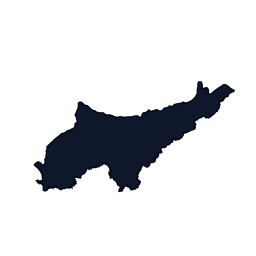 San Pedro De Uraba, Antioquia, Colombia, rotated 229°
{"feature_id": "7082276B58704209579915", "entity_name": "San Pedro De Uraba", "entity_type": "district", "adm_level": 2, "iso_a3": "COL", "parent_name": "Colombia", "parent_adm1": "Antioquia", "projection": "mercator", "projection_center": [-76.341, 8.35], "detail": "fine", "context": "isolated", "style": "filled", "palette": "ink", "viewbox_px": 256, "rotation_deg": 229, "n_neighbors": 0, "source": "geoboundaries", "source_scale": "gbopen_adm2", "svg_char_len": 5696}
<svg xmlns="http://www.w3.org/2000/svg" viewBox="0 0 256 256"><g transform="rotate(229 128 128)"><path d="M148.2,24.4L146.8,25.0L146.0,24.0L145.7,24.1L144.9,25.5L144.1,24.7L143.6,25.5L143.8,26.1L139.1,26.2L139.0,25.3L136.4,23.3L135.1,24.1L135.2,24.3L134.4,25.2L134.5,26.1L134.9,26.4L134.6,26.6L134.8,26.7L134.9,28.0L134.4,28.6L134.6,28.9L134.2,29.3L134.5,29.6L134.2,29.7L134.3,30.3L134.1,30.1L133.5,31.0L133.3,30.9L133.3,31.4L132.9,32.0L131.8,31.9L132.0,32.4L131.6,32.9L131.2,35.1L130.6,34.9L130.2,35.2L129.0,35.6L128.8,36.3L126.8,36.3L126.2,36.6L126.2,36.9L125.3,37.2L125.6,38.8L124.8,39.3L123.8,40.7L123.8,41.4L122.3,43.7L121.5,44.1L121.0,44.7L120.9,45.4L121.1,45.6L120.7,45.8L121.5,46.8L120.3,46.8L120.8,47.1L120.7,47.6L121.4,48.0L120.9,48.3L121.0,48.7L120.5,49.0L121.2,49.1L121.1,49.6L120.6,49.9L120.4,50.4L120.7,50.6L120.3,51.0L120.5,51.2L120.2,52.2L121.0,52.2L121.1,51.8L121.5,51.7L121.5,52.5L122.1,52.0L121.7,53.4L122.3,53.2L122.4,53.5L122.8,53.3L123.7,54.2L125.1,53.9L125.1,54.5L125.8,54.6L125.6,55.2L126.3,55.5L121.5,59.4L122.1,60.4L122.5,60.5L123.4,61.4L122.7,63.3L123.0,64.3L122.5,65.1L122.4,66.0L123.1,67.2L123.3,68.8L124.3,69.5L124.2,70.5L123.6,72.1L123.2,72.1L122.9,71.5L122.3,71.5L121.9,72.9L121.4,73.3L122.0,74.1L122.1,74.8L120.8,75.7L120.6,77.0L120.0,77.1L119.7,77.8L119.2,77.9L119.0,78.6L119.5,79.0L119.5,79.5L119.1,79.6L119.0,80.0L118.0,80.4L118.2,81.9L118.0,82.5L117.6,82.8L118.1,83.5L117.1,84.6L117.4,84.8L117.4,86.0L117.1,86.5L117.3,86.8L116.8,87.5L115.8,87.2L115.7,87.6L115.0,88.0L114.7,87.7L114.5,88.2L114.3,88.0L113.3,88.6L112.5,88.4L112.3,88.1L111.7,88.4L111.0,88.2L110.8,88.3L110.4,88.0L109.1,88.1L108.9,87.3L108.4,87.4L108.4,87.1L107.8,87.0L107.4,86.5L107.1,86.5L107.0,85.9L106.6,85.9L106.9,85.6L106.5,85.0L106.9,84.8L106.6,84.3L106.4,84.6L106.3,84.1L105.3,84.1L105.3,83.5L104.9,83.3L103.5,83.2L103.3,83.0L103.1,83.2L102.0,82.0L101.7,82.7L100.9,83.0L100.3,84.1L99.8,84.3L99.3,84.2L98.4,83.4L98.0,83.8L97.3,83.7L97.0,84.1L96.6,83.9L95.3,84.2L94.4,83.8L93.6,84.0L92.9,83.3L91.5,83.1L90.4,83.6L89.5,83.5L89.1,83.8L88.5,83.7L87.7,83.1L87.9,82.9L87.5,81.7L86.9,80.6L86.2,79.7L85.9,79.8L85.3,81.3L84.7,81.6L84.5,82.5L84.7,83.2L85.3,83.4L85.8,84.2L85.3,85.4L85.6,85.8L85.9,85.7L86.5,87.7L85.5,88.7L83.7,89.4L83.3,90.1L79.3,89.9L78.7,90.6L78.6,92.2L78.0,92.2L77.4,93.2L77.3,93.9L77.7,94.8L76.7,96.3L77.1,97.1L77.6,96.9L78.2,97.5L78.9,97.5L78.8,98.5L78.1,98.7L78.0,99.4L78.4,100.2L79.0,100.6L78.9,101.4L79.3,101.9L81.5,101.9L82.6,101.1L83.2,101.3L84.0,102.2L84.7,101.8L84.9,102.6L84.6,103.5L86.0,104.1L86.2,104.7L87.3,106.3L88.2,109.2L88.3,110.7L89.5,111.4L89.9,114.0L90.4,114.8L90.3,115.4L89.5,115.5L88.8,116.0L87.7,115.8L86.4,116.5L85.8,117.3L85.6,118.3L85.9,119.8L86.6,121.0L86.9,121.1L87.0,122.8L86.4,123.7L85.7,124.1L85.7,124.9L85.3,125.6L85.4,126.8L86.5,126.9L86.2,128.0L86.9,128.5L87.2,129.6L87.0,130.6L86.6,130.7L86.5,131.0L87.4,131.9L87.1,132.8L88.1,133.6L89.0,133.8L88.7,134.1L88.7,136.0L87.9,136.2L87.4,137.4L88.3,138.0L90.5,138.6L91.3,139.7L90.9,140.1L91.3,140.8L91.8,140.9L91.5,141.8L90.1,141.7L89.0,143.7L89.7,146.2L88.5,148.3L89.0,151.2L88.4,152.2L89.8,154.7L88.6,155.8L87.4,156.1L87.2,158.3L86.1,158.4L85.7,161.4L85.8,163.1L86.5,164.9L87.1,165.5L87.4,166.9L87.3,168.4L86.5,168.4L86.3,169.5L86.1,169.6L86.0,171.1L85.5,171.6L85.0,174.3L84.6,175.4L84.2,175.6L84.5,176.0L84.3,176.7L84.0,176.8L83.6,178.0L84.0,178.2L84.2,178.7L84.7,178.2L85.5,180.2L86.8,181.8L88.3,181.5L89.2,181.8L89.2,183.1L89.7,184.2L89.2,185.4L88.7,185.8L89.2,186.5L88.8,187.9L88.8,188.8L87.7,190.5L88.1,192.8L86.1,193.5L84.9,193.4L84.6,193.6L84.3,194.6L83.0,195.2L82.6,196.4L82.4,198.5L82.8,199.4L82.3,200.3L82.3,202.9L82.9,205.3L82.1,206.0L82.9,207.7L83.1,209.1L83.6,209.5L83.7,210.6L85.1,211.2L85.1,212.3L85.6,212.9L87.0,213.1L87.4,213.4L87.3,215.8L86.6,216.8L87.0,217.1L86.4,218.1L86.8,218.7L87.1,219.9L87.6,220.2L87.4,221.9L86.4,224.3L86.7,224.7L87.3,224.7L87.2,225.4L87.7,226.3L87.0,230.2L86.3,231.3L86.7,232.7L90.6,231.2L94.2,230.8L96.9,229.8L97.9,228.7L99.2,218.0L99.1,213.9L99.5,212.5L100.7,211.2L101.2,211.1L103.5,213.2L105.2,214.0L106.5,213.9L107.1,213.4L107.8,211.9L107.8,211.1L108.6,210.2L109.8,210.7L112.2,212.4L114.5,213.4L116.2,211.8L116.2,211.1L115.6,210.0L113.3,208.1L111.1,205.1L108.5,203.1L107.1,199.1L106.8,196.4L106.9,193.7L108.0,189.4L109.3,187.5L111.2,186.7L111.4,185.4L112.7,182.6L113.6,181.7L114.6,179.2L115.3,178.5L115.0,177.8L115.0,175.6L117.5,173.5L117.2,172.5L117.4,171.6L118.1,169.6L118.8,169.2L119.1,168.5L118.7,166.4L119.1,163.9L120.6,162.5L121.9,162.2L123.3,161.1L123.6,160.7L123.6,159.5L124.6,158.0L124.8,157.0L125.5,156.2L126.3,155.8L127.9,155.5L127.7,153.9L128.0,151.6L129.3,149.4L129.1,148.3L127.7,145.6L127.8,144.2L128.7,143.5L130.1,143.4L131.4,142.6L133.2,139.7L134.3,137.0L135.1,136.8L138.7,131.9L141.4,129.6L142.4,128.1L142.6,127.2L145.4,125.0L147.1,124.4L150.1,122.6L150.9,121.1L152.7,120.0L153.2,119.4L155.5,119.3L158.3,116.1L159.3,115.6L160.2,114.6L162.8,114.2L163.6,113.3L165.9,112.6L168.7,112.1L171.2,112.0L173.5,110.3L177.9,109.7L179.3,108.3L179.2,106.7L178.4,106.4L175.8,103.6L172.4,96.8L171.2,96.2L169.7,96.7L168.9,95.3L167.7,95.0L166.1,94.0L165.6,92.8L165.9,92.1L165.8,90.9L163.3,88.2L163.7,85.7L164.1,84.9L164.1,83.7L165.5,80.6L165.9,76.5L166.9,75.0L167.1,74.2L167.5,64.0L167.1,62.5L167.3,60.9L166.9,54.6L164.8,52.8L164.4,51.3L163.0,50.6L161.3,48.8L160.7,47.7L159.3,46.7L159.0,46.0L158.9,44.7L156.9,43.4L155.9,42.1L155.5,40.5L155.5,39.2L155.8,38.9L156.3,38.8L157.7,39.1L159.7,38.8L161.1,38.2L161.7,37.1L161.9,34.0L161.6,33.3L161.0,33.1L157.3,33.7L155.4,33.8L154.1,33.5L152.7,33.8L151.8,33.3L150.0,33.0L148.6,32.3L143.7,28.7L145.3,27.6L145.9,26.2L147.6,25.8L148.1,25.1L148.2,24.4Z" fill="#0f172a" stroke="#020617" stroke-width="1.5"/></g></svg>